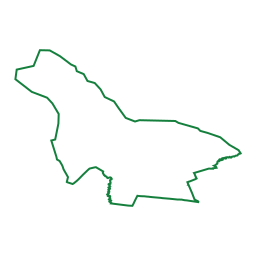 outline of Lodes pag., Rujienas, Latvia
{"feature_id": "27541924B78787433075156", "entity_name": "Lodes pag.", "entity_type": "district", "adm_level": 2, "iso_a3": "LVA", "parent_name": "Latvia", "parent_adm1": "Rujienas", "projection": "equal_earth", "projection_center": [25.378, 58.024], "detail": "fine", "context": "isolated", "style": "outline", "palette": "green", "viewbox_px": 256, "rotation_deg": 0, "n_neighbors": 0, "source": "geoboundaries", "source_scale": "gbopen_adm2", "svg_char_len": 4925}
<svg xmlns="http://www.w3.org/2000/svg" viewBox="0 0 256 256"><path d="M72.6,184.0L73.7,183.4L73.8,183.3L76.9,180.8L77.3,180.4L78.7,179.1L83.2,174.5L88.1,169.8L89.5,168.6L94.1,167.5L95.9,167.2L100.5,169.9L103.2,171.5L103.1,172.1L102.8,172.7L102.8,172.9L103.3,173.8L103.7,174.3L103.8,174.4L103.9,174.6L103.8,174.8L104.0,175.1L104.3,175.3L104.8,175.4L104.9,175.5L105.0,175.7L105.0,175.8L105.1,176.1L105.3,176.2L105.4,176.3L106.0,176.4L106.3,176.5L106.5,176.6L106.7,176.8L106.8,177.0L107.1,177.7L107.4,177.9L107.6,178.0L107.9,178.1L108.3,177.9L108.8,177.7L109.4,177.5L110.1,177.4L110.3,177.4L111.0,177.7L111.2,177.9L111.2,178.0L111.3,178.1L111.3,178.3L111.2,178.5L111.4,178.8L111.7,178.9L111.7,179.1L111.6,179.3L111.4,179.4L110.5,179.7L110.3,179.9L110.1,180.1L110.1,180.4L110.0,180.5L110.1,180.9L110.2,181.1L110.3,181.8L110.6,182.3L110.5,182.6L110.3,182.9L110.1,183.1L110.4,183.6L110.5,183.7L110.5,183.8L110.4,183.9L109.6,184.0L108.9,184.0L108.6,184.2L108.6,184.3L108.6,184.6L108.8,184.8L109.2,185.0L109.5,185.3L109.6,185.5L109.8,185.8L109.7,185.8L109.6,186.3L109.5,186.6L109.4,186.8L109.0,187.2L108.5,187.4L108.4,187.5L108.5,187.7L108.7,187.8L108.9,187.7L109.3,187.6L109.5,187.5L109.8,187.6L109.8,188.3L110.0,188.6L109.8,189.0L109.7,189.2L109.5,189.3L109.3,189.3L109.0,189.4L108.6,189.5L108.3,189.7L108.3,189.8L108.6,190.3L108.6,190.6L108.6,190.8L109.2,191.1L109.3,191.2L109.3,191.3L109.2,191.4L108.8,191.5L108.4,191.6L108.3,191.8L108.2,191.9L108.3,192.0L108.6,192.2L108.8,192.3L108.7,192.4L108.2,192.5L108.2,192.8L108.7,193.2L108.8,193.3L108.7,193.5L108.2,193.5L107.9,193.8L108.1,194.1L108.2,194.3L107.8,194.5L107.4,194.4L107.2,194.5L107.3,194.7L107.9,195.3L108.2,195.5L108.3,195.6L108.2,195.7L107.8,195.9L107.8,196.0L108.4,196.2L108.5,196.1L109.5,196.0L109.9,196.0L110.1,196.1L110.2,196.3L110.2,196.7L110.1,196.8L110.0,197.0L109.9,197.3L109.9,197.5L110.0,197.6L109.9,197.8L109.6,198.0L109.5,198.3L109.7,198.5L110.0,198.6L110.2,198.8L110.0,199.0L109.8,199.0L109.6,199.0L109.3,199.1L109.2,199.3L109.0,199.5L109.4,199.8L109.9,199.8L110.3,199.9L110.5,200.0L110.9,200.4L111.1,200.6L110.9,200.8L110.7,200.9L110.4,200.9L110.2,200.9L109.6,201.1L109.4,201.3L109.3,201.5L109.5,201.8L109.8,201.8L110.1,201.7L110.3,201.5L110.5,201.5L110.7,202.0L110.8,202.2L110.8,202.3L110.8,202.5L110.6,202.7L110.6,202.8L110.8,203.0L111.4,203.0L111.6,203.1L111.6,203.4L111.5,203.5L128.3,205.6L132.4,205.8L133.4,203.9L135.1,200.3L136.3,197.9L137.4,195.8L138.8,196.0L141.2,196.2L144.4,196.3L147.0,196.6L148.4,196.7L149.9,196.9L152.9,197.2L161.0,197.9L162.1,198.1L169.4,198.7L172.3,199.0L177.2,199.5L181.6,199.6L184.5,200.2L186.8,200.4L198.9,202.2L199.0,202.2L198.8,202.1L198.0,201.3L197.8,201.1L197.5,201.0L196.0,200.3L195.6,200.1L195.1,199.7L194.9,199.5L194.5,199.4L192.2,193.4L188.5,184.8L188.4,184.7L188.2,184.7L188.3,184.5L187.4,182.2L188.3,181.9L188.6,181.7L189.5,181.5L195.3,179.2L196.6,178.5L195.8,176.8L195.7,176.9L195.4,176.1L194.6,174.0L194.0,173.0L208.8,168.6L212.9,168.7L212.9,168.3L216.5,167.8L216.1,166.9L214.1,165.7L214.4,165.6L214.6,165.9L214.8,165.9L215.1,165.8L215.1,165.7L215.2,165.3L215.4,165.1L215.5,164.9L216.1,164.5L216.7,164.2L216.8,163.8L216.9,163.7L217.2,163.6L217.4,163.5L217.4,163.4L217.3,162.8L217.4,162.1L217.4,161.9L217.5,161.6L217.7,161.3L217.8,161.3L218.7,161.3L219.0,161.3L219.1,161.2L218.8,161.1L218.8,160.9L219.0,160.8L219.3,160.7L219.2,160.6L219.0,160.4L218.9,160.3L219.4,159.5L219.5,159.4L220.0,159.2L220.4,159.3L220.5,159.4L220.4,159.9L220.4,160.0L220.5,160.1L221.1,160.2L222.2,159.9L222.6,159.8L222.8,159.7L222.9,159.4L222.2,159.0L222.1,158.9L221.9,158.8L221.9,158.7L222.0,158.4L222.4,158.2L223.6,158.1L224.1,157.9L224.3,158.0L224.5,158.1L224.6,158.3L224.8,158.5L225.2,158.6L225.4,158.6L225.6,158.6L225.9,158.5L226.2,158.4L226.2,158.1L225.4,157.6L225.9,157.4L226.7,157.3L227.1,157.2L227.4,157.2L227.7,157.2L228.7,157.6L228.8,157.6L229.1,157.5L229.4,156.9L229.6,156.8L229.8,156.8L230.6,157.5L230.8,157.6L231.0,157.6L231.4,157.5L231.5,157.4L231.6,157.1L231.7,156.9L231.8,156.8L232.0,156.7L233.0,156.5L233.5,156.4L233.8,156.3L234.2,156.5L234.5,156.5L235.4,155.8L235.6,155.7L235.9,155.6L236.7,155.6L237.3,155.5L237.5,155.4L237.9,154.7L238.1,154.4L238.9,154.1L239.0,154.0L238.9,153.9L239.0,153.8L239.2,153.6L239.3,153.6L239.5,153.6L239.9,153.7L240.0,153.7L240.4,153.5L240.4,153.4L240.2,153.4L240.6,153.3L240.4,152.9L238.6,150.2L229.4,144.9L220.3,137.3L207.5,132.9L200.3,130.9L197.9,128.4L178.5,122.9L175.3,121.0L139.4,120.2L135.0,121.5L125.7,117.9L118.4,107.8L114.1,101.5L104.7,97.0L100.6,89.4L94.7,83.0L87.5,81.0L83.7,74.1L76.8,71.2L75.4,66.5L71.0,64.5L60.0,56.2L49.7,50.4L39.9,50.2L33.6,65.9L16.7,69.6L15.4,79.2L31.8,91.9L47.1,97.7L52.4,103.4L58.7,114.0L58.4,123.6L55.2,139.5L51.3,140.5L56.4,156.8L57.0,159.5L59.6,161.0L61.8,164.7L61.9,165.0L62.5,166.1L63.6,169.4L66.0,173.6L68.0,177.1L67.9,177.5L67.6,178.6L67.3,180.0L67.1,180.6L66.8,182.0L67.1,182.2L72.6,184.0Z" fill="none" stroke="#15803d" stroke-width="2"/></svg>